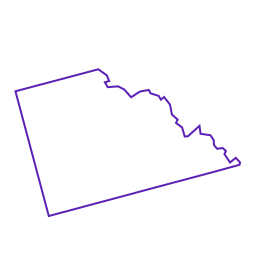 the district of Loving, Texas, United States of America, rotated 165°
{"feature_id": "52423323B28459712837049", "entity_name": "Loving", "entity_type": "district", "adm_level": 2, "iso_a3": "USA", "parent_name": "United States of America", "parent_adm1": "Texas", "projection": "natural_earth1", "projection_center": [-103.775, 31.826], "detail": "fine", "context": "isolated", "style": "outline", "palette": "violet", "viewbox_px": 256, "rotation_deg": 165, "n_neighbors": 0, "source": "geoboundaries", "source_scale": "gbopen_adm2", "svg_char_len": 603}
<svg xmlns="http://www.w3.org/2000/svg" viewBox="0 0 256 256"><g transform="rotate(165 128 128)"><path d="M227.3,63.5L107.6,63.5L99.9,63.5L61.5,63.4L29.8,63.6L28.7,65.8L31.6,71.3L38.4,68.3L41.6,77.9L39.4,80.5L41.7,84.1L47.3,84.9L49.3,89.2L48.4,94.3L50.3,99.7L59.4,103.6L58.4,111.6L72.3,104.5L75.4,105.1L75.6,114.5L80.3,120.5L77.9,123.3L82.1,129.6L81.4,139.7L85.1,148.6L88.9,146.9L90.0,151.0L97.2,155.6L98.1,159.4L107.2,160.1L117.0,156.9L121.7,166.2L126.8,170.8L137.0,172.7L138.5,178.2L134.0,178.2L134.9,184.4L141.5,192.4L227.2,192.6L227.3,63.5Z" fill="none" stroke="#5b21b6" stroke-width="2"/></g></svg>